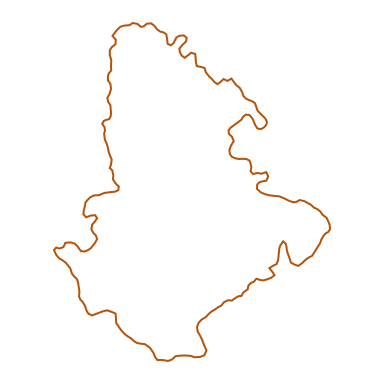 outline of Elói Mendes, Minas Gerais, Brazil
{"feature_id": "56859067B9706700633058", "entity_name": "Elói Mendes", "entity_type": "district", "adm_level": 2, "iso_a3": "BRA", "parent_name": "Brazil", "parent_adm1": "Minas Gerais", "projection": "orthographic", "projection_center": [-45.591, -21.604], "detail": "fine", "context": "isolated", "style": "outline", "palette": "amber", "viewbox_px": 384, "rotation_deg": 0, "n_neighbors": 0, "source": "geoboundaries", "source_scale": "gbopen_adm2", "svg_char_len": 3807}
<svg xmlns="http://www.w3.org/2000/svg" viewBox="0 0 384 384"><path d="M206.5,350.4L204.3,345.7L202.7,341.2L201.0,337.5L199.4,334.4L197.7,331.7L197.1,326.9L198.6,322.8L201.6,319.6L205.7,317.2L207.9,314.8L211.2,311.7L214.8,309.6L218.1,307.2L221.3,305.6L224.1,302.1L228.1,300.2L232.0,300.6L234.5,298.5L238.5,296.2L241.4,295.9L243.3,292.5L247.7,289.3L248.4,285.6L250.7,283.1L254.0,281.6L256.4,278.7L260.2,280.0L263.3,280.4L266.8,279.4L271.0,277.9L274.5,275.2L272.3,271.8L269.4,268.1L273.3,265.6L276.5,264.2L278.2,259.9L278.6,255.1L279.0,251.5L279.3,248.3L280.4,245.3L283.1,241.4L285.7,243.7L286.5,246.8L286.8,250.2L287.8,253.5L289.2,257.2L290.9,262.5L294.2,264.4L298.1,265.9L302.1,263.2L305.2,260.1L308.2,257.8L312.1,255.8L314.8,251.6L317.8,246.7L320.0,243.4L321.2,239.9L323.3,236.2L325.4,233.6L328.3,231.9L330.0,229.3L329.7,225.0L328.3,221.5L326.6,217.8L322.7,214.9L320.3,211.5L317.1,209.0L313.9,207.6L310.9,204.7L307.5,202.9L304.2,201.1L299.8,200.0L296.0,202.1L292.9,202.2L289.1,200.8L284.4,198.5L279.5,196.4L273.7,195.8L268.8,195.2L264.8,194.1L261.0,192.5L257.0,188.9L257.2,184.6L259.3,182.3L262.3,181.4L266.4,180.6L268.2,176.4L266.2,172.1L261.6,173.7L257.4,173.0L253.1,174.0L250.6,171.3L251.3,167.2L250.6,163.5L249.4,160.5L246.3,159.0L242.3,158.8L239.0,159.0L235.1,158.3L231.8,156.7L229.9,154.1L229.4,150.0L230.9,145.8L233.7,141.1L232.0,136.8L229.0,134.0L228.5,130.3L230.4,127.9L233.7,125.4L237.3,122.9L241.2,119.8L243.3,116.6L245.8,114.7L249.4,114.9L252.3,118.4L253.9,121.8L255.3,125.2L257.4,128.5L261.0,129.1L264.0,127.4L266.2,124.9L267.0,122.0L265.3,118.5L262.9,116.1L260.5,113.8L257.4,110.4L256.2,106.6L254.9,103.1L252.1,101.2L249.2,100.2L245.8,98.5L243.3,95.8L242.2,92.3L239.7,87.8L236.3,85.2L234.0,82.1L231.4,78.6L227.4,80.9L223.6,79.0L220.5,82.0L217.5,84.2L214.4,82.1L212.2,79.3L209.1,76.5L205.9,72.3L204.4,67.9L201.0,66.9L196.8,66.1L195.9,62.2L195.7,59.0L195.2,54.0L191.1,52.7L188.3,55.1L184.7,57.8L181.7,55.6L179.8,52.0L179.4,48.7L181.7,45.7L183.9,43.5L186.2,41.3L186.6,37.7L183.9,35.5L179.5,35.7L176.5,37.4L175.0,40.2L173.6,43.0L170.9,45.3L167.6,43.8L167.1,39.2L166.3,34.3L163.6,32.4L160.0,31.5L156.8,29.0L154.5,25.9L151.1,23.4L146.8,23.7L143.7,26.4L140.8,26.8L137.5,23.9L132.8,23.0L129.4,25.2L124.1,25.6L120.3,26.8L116.7,30.3L114.3,33.4L112.5,35.9L115.8,39.6L115.4,44.3L111.8,47.1L109.8,50.2L109.8,55.1L111.3,60.2L111.0,65.8L111.2,70.5L108.7,73.5L107.9,76.7L107.9,80.3L110.4,83.8L111.0,89.0L109.6,93.8L107.3,97.9L108.2,101.9L110.4,105.1L110.7,109.5L111.1,112.9L110.7,116.2L109.2,119.1L106.4,119.8L103.7,121.0L102.2,123.7L104.4,126.9L105.0,130.3L104.1,133.9L104.9,139.7L106.8,143.8L108.0,148.0L108.7,152.0L109.9,155.2L111.7,159.6L111.0,164.6L109.8,168.1L112.2,170.3L113.3,175.2L113.0,179.4L115.8,183.7L118.8,186.5L118.3,190.2L115.0,191.7L110.8,192.1L104.5,192.9L98.9,195.2L94.1,195.4L90.2,197.3L87.8,199.7L85.5,202.4L84.7,207.0L83.8,210.3L83.4,214.2L86.1,217.3L90.6,215.6L95.2,215.2L97.1,218.2L94.9,221.5L92.1,224.7L91.4,229.5L93.3,232.8L95.9,235.6L97.1,239.0L95.1,242.8L92.6,245.9L90.7,248.3L87.7,250.3L84.1,251.5L81.1,251.2L79.2,248.8L77.3,246.0L74.7,243.6L70.7,242.4L65.4,242.8L63.4,247.1L59.6,248.5L56.2,247.6L54.0,250.0L56.1,254.6L58.9,258.2L62.1,260.0L65.3,262.3L68.1,265.6L70.4,268.6L71.9,273.5L74.2,276.5L76.7,278.8L78.0,281.9L78.6,286.1L79.4,291.5L79.1,296.8L80.5,299.8L82.7,302.0L85.1,306.1L86.6,310.8L88.4,313.7L92.1,315.4L97.6,313.3L102.0,311.6L107.0,310.3L111.9,312.0L115.5,313.5L116.0,318.5L116.3,323.3L118.5,326.3L121.0,330.0L124.1,333.5L127.4,336.1L131.2,338.5L134.0,341.2L137.0,343.0L140.9,343.7L144.7,344.1L147.2,345.7L150.2,348.1L153.5,353.0L155.3,357.4L157.5,360.1L161.2,359.9L165.1,360.4L168.0,361.0L171.8,359.6L175.6,356.2L179.2,355.7L183.2,355.5L186.5,355.5L190.8,355.9L194.7,357.3L200.1,356.9L204.3,355.3L206.5,350.4Z" fill="none" stroke="#b45309" stroke-width="2"/></svg>